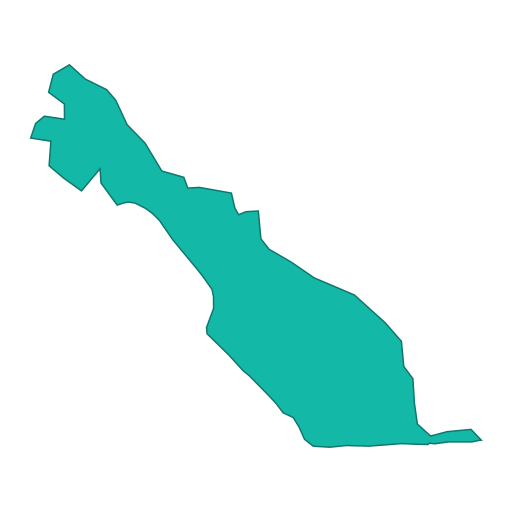 Khojeyli, Karakalpakstan, Uzbekistan
{"feature_id": "79887680B45163084066424", "entity_name": "Khojeyli", "entity_type": "district", "adm_level": 2, "iso_a3": "UZB", "parent_name": "Uzbekistan", "parent_adm1": "Karakalpakstan", "projection": "albers", "projection_center": [59.321, 42.473], "detail": "fine", "context": "isolated", "style": "filled", "palette": "teal", "viewbox_px": 512, "rotation_deg": 0, "n_neighbors": 0, "source": "geoboundaries", "source_scale": "gbopen_adm2", "svg_char_len": 1121}
<svg xmlns="http://www.w3.org/2000/svg" viewBox="0 0 512 512"><path d="M35.6,123.5L30.7,138.1L50.9,141.2L49.1,165.8L64.0,178.4L81.5,190.9L100.1,168.7L101.0,183.0L117.2,205.1L124.1,202.8L129.0,202.1L135.1,203.1L145.5,208.4L152.3,213.3L159.5,220.5L172.8,239.8L197.3,269.4L203.2,276.9L212.0,289.4L213.5,296.7L213.6,308.4L206.5,327.6L207.1,333.8L228.8,355.0L243.2,370.8L249.2,375.7L268.7,395.5L269.5,396.4L276.1,403.5L283.1,412.8L293.2,417.5L299.1,427.1L304.5,439.3L313.3,446.2L329.8,447.2L346.4,445.5L358.0,445.9L360.2,445.8L363.8,446.0L369.1,446.1L401.5,443.6L418.3,444.3L427.9,444.5L429.4,443.1L434.5,443.8L448.6,441.9L472.0,441.9L478.8,440.4L481.3,440.2L471.0,429.4L447.0,431.7L430.6,436.0L417.4,424.1L414.4,403.1L412.9,378.7L403.8,366.5L401.4,341.3L385.2,322.8L354.4,295.0L314.2,277.9L291.5,262.3L269.1,249.3L260.9,238.8L258.3,211.0L245.9,211.7L238.6,214.7L234.9,208.2L231.4,193.1L199.4,187.4L187.8,188.1L183.8,177.3L161.8,171.0L145.1,143.2L127.2,124.8L115.7,100.2L106.7,89.7L85.3,79.1L69.4,64.8L53.3,74.2L48.6,92.3L64.4,104.0L64.5,119.2L44.3,116.2L35.6,123.5Z" fill="#14b8a6" stroke="#0f766e" stroke-width="1.5"/></svg>